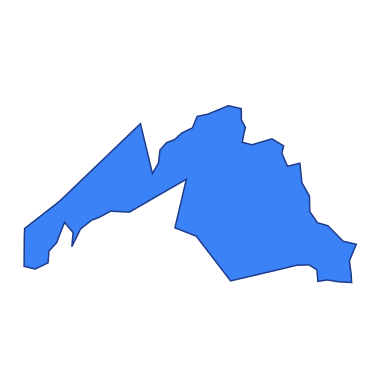 the district of Vale Real, Rio Grande do Sul, Brazil, rotated 272°
{"feature_id": "56859067B17204755964943", "entity_name": "Vale Real", "entity_type": "district", "adm_level": 2, "iso_a3": "BRA", "parent_name": "Brazil", "parent_adm1": "Rio Grande do Sul", "projection": "orthographic", "projection_center": [-51.249, -29.357], "detail": "fine", "context": "isolated", "style": "filled", "palette": "blue", "viewbox_px": 384, "rotation_deg": 272, "n_neighbors": 0, "source": "geoboundaries", "source_scale": "gbopen_adm2", "svg_char_len": 913}
<svg xmlns="http://www.w3.org/2000/svg" viewBox="0 0 384 384"><g transform="rotate(272 192 192)"><path d="M107.1,320.9L108.8,330.2L107.4,341.5L107.1,354.7L115.6,353.9L128.8,351.7L145.5,358.0L148.1,344.7L163.0,329.0L165.7,318.4L176.6,310.4L192.1,309.5L205.1,301.5L224.6,298.8L221.0,286.6L233.9,280.4L241.3,282.0L247.9,270.1L241.3,250.2L243.4,240.5L251.9,241.8L258.5,243.1L265.8,238.8L277.0,238.3L279.5,225.3L270.3,205.0L267.7,194.5L256.1,190.2L250.8,180.0L243.9,172.9L240.4,164.8L232.7,158.5L219.9,157.5L209.1,151.8L258.5,138.1L246.5,126.4L178.2,60.0L149.7,26.0L140.2,26.0L111.8,26.8L109.5,37.9L116.2,50.6L128.0,51.1L136.8,58.6L145.3,61.4L157.2,65.7L147.2,74.6L133.2,73.8L151.2,81.9L160.4,92.8L163.4,100.0L170.0,111.4L169.7,130.2L175.2,138.9L204.6,185.9L155.6,176.2L148.0,197.8L104.5,233.7L118.9,286.6L122.5,299.3L123.2,311.7L118.5,319.6L107.1,320.9Z" fill="#3b82f6" stroke="#1e3a8a" stroke-width="1.5"/></g></svg>